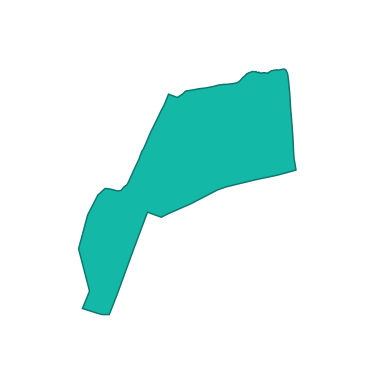 Paniai, Papua, Indonesia, rotated 110°
{"feature_id": "22746128B72382312298600", "entity_name": "Paniai", "entity_type": "district", "adm_level": 2, "iso_a3": "IDN", "parent_name": "Indonesia", "parent_adm1": "Papua", "projection": "albers", "projection_center": [136.34, -3.758], "detail": "fine", "context": "isolated", "style": "filled", "palette": "teal", "viewbox_px": 384, "rotation_deg": 110, "n_neighbors": 0, "source": "geoboundaries", "source_scale": "gbopen_adm2", "svg_char_len": 2090}
<svg xmlns="http://www.w3.org/2000/svg" viewBox="0 0 384 384"><g transform="rotate(110 192 192)"><path d="M227.1,279.4L243.8,281.5L244.6,281.6L249.2,282.2L265.6,280.8L271.7,280.2L284.1,279.2L302.1,266.8L313.6,258.9L315.3,257.7L320.2,254.4L339.0,255.1L338.6,246.5L338.4,241.2L338.0,234.9L337.2,232.6L335.8,228.6L335.5,227.9L330.5,227.7L323.2,227.5L321.1,227.5L314.4,227.3L297.5,227.3L283.1,227.3L267.1,227.3L243.2,227.1L233.3,227.0L226.2,226.9L226.2,212.2L221.3,207.7L209.0,194.9L203.3,188.9L199.2,185.2L181.5,168.9L175.9,162.2L174.0,159.4L170.0,153.4L166.4,148.0L159.0,136.9L146.6,117.0L135.8,101.8L132.7,103.5L125.2,107.8L117.3,111.2L108.9,114.7L98.0,119.5L91.7,122.4L84.2,125.8L83.8,126.1L73.0,130.8L64.8,134.4L54.7,139.2L53.1,140.0L47.8,142.8L46.7,144.1L45.5,145.1L45.0,146.3L45.0,147.7L46.0,149.5L46.7,150.3L46.9,150.7L47.3,151.5L47.9,152.5L48.2,153.7L48.3,154.5L49.1,155.1L49.2,156.0L49.4,156.3L50.0,157.4L50.5,157.9L50.8,158.8L51.5,159.4L52.1,159.7L52.9,160.4L53.5,161.0L54.1,161.0L54.5,161.5L54.5,162.1L54.8,163.0L54.9,163.8L55.2,164.9L55.4,165.6L55.7,166.3L55.8,166.4L56.3,166.9L56.5,167.4L56.6,168.0L57.1,168.7L56.7,169.4L56.6,170.1L57.3,171.1L57.4,171.7L57.1,172.5L57.0,172.9L57.1,173.3L57.6,174.5L57.7,175.2L58.1,176.2L58.6,177.1L59.2,177.7L60.0,178.5L60.8,179.7L61.5,180.1L62.0,180.9L62.9,181.2L63.3,181.4L64.0,181.8L65.2,182.3L66.3,183.0L67.7,183.7L68.4,183.9L68.8,184.1L70.8,184.8L71.8,185.4L72.7,186.0L73.7,186.7L75.5,189.5L76.1,190.5L76.5,191.2L78.9,196.1L80.1,199.2L81.2,201.2L82.6,203.9L85.7,208.2L87.7,211.6L89.7,215.0L90.0,215.6L92.6,220.8L95.8,226.1L99.4,232.6L102.7,234.0L102.9,234.1L105.3,235.9L105.5,236.0L106.2,236.5L108.1,238.0L108.1,243.2L108.1,244.1L108.1,247.5L112.9,247.7L119.8,247.9L126.7,248.9L126.9,248.9L131.5,249.3L133.5,249.5L137.5,249.9L138.8,250.1L147.2,251.0L149.2,251.3L153.2,251.5L161.1,251.9L167.6,252.3L167.9,252.3L171.1,253.1L180.3,253.1L183.0,253.4L192.8,254.3L201.6,254.9L207.3,255.5L210.1,257.4L210.5,257.7L214.8,259.2L216.6,262.5L216.6,263.4L217.2,269.8L218.4,274.9L227.1,279.4Z" fill="#14b8a6" stroke="#0f766e" stroke-width="1.5"/></g></svg>